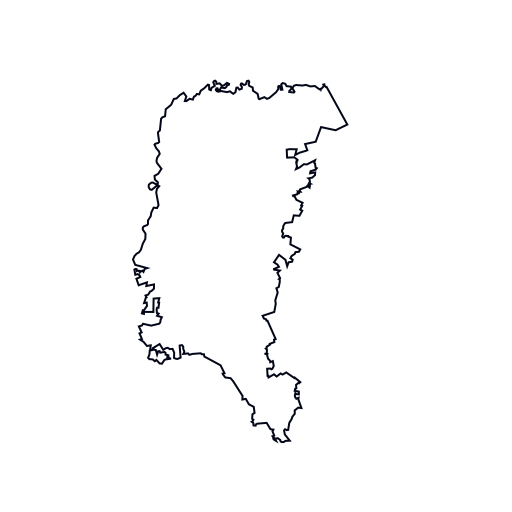 Ocosingo, Chiapas, Mexico, rotated 241°
{"feature_id": "50627088B67639994326823", "entity_name": "Ocosingo", "entity_type": "district", "adm_level": 2, "iso_a3": "MEX", "parent_name": "Mexico", "parent_adm1": "Chiapas", "projection": "natural_earth1", "projection_center": [-91.381, 16.657], "detail": "fine", "context": "isolated", "style": "outline", "palette": "ink", "viewbox_px": 512, "rotation_deg": 241, "n_neighbors": 0, "source": "geoboundaries", "source_scale": "gbopen_adm2", "svg_char_len": 6140}
<svg xmlns="http://www.w3.org/2000/svg" viewBox="0 0 512 512"><g transform="rotate(241 256 256)"><path d="M326.7,399.6L369.7,399.7L369.9,399.0L371.5,398.6L373.0,399.0L373.3,398.0L371.9,398.0L370.6,394.5L370.8,393.7L370.2,393.2L371.0,393.1L371.0,392.3L376.1,389.9L378.0,385.7L381.4,382.7L382.6,379.2L386.1,374.0L386.5,371.8L385.6,369.8L384.5,369.2L381.0,369.3L380.6,368.4L383.3,364.6L384.3,365.3L385.1,368.3L387.2,368.7L389.7,365.1L392.4,365.1L394.3,363.2L393.9,361.3L388.7,359.7L389.4,358.3L392.8,359.3L393.6,358.6L393.5,357.6L391.1,356.3L389.5,352.9L387.8,344.4L388.1,341.8L390.9,340.3L391.5,335.0L392.2,334.6L397.1,336.0L402.0,333.5L405.0,334.8L408.0,332.6L409.8,332.8L411.4,334.5L412.9,334.5L413.4,333.0L411.2,330.4L411.1,329.3L411.5,328.3L413.8,327.3L414.0,326.5L413.1,325.5L410.5,325.6L409.2,324.6L409.6,322.1L412.2,321.7L412.7,320.4L409.2,317.4L408.9,314.7L412.8,312.9L413.3,310.2L417.1,305.6L418.0,302.6L419.2,301.6L420.9,301.4L421.8,302.7L421.4,303.6L419.8,303.4L419.1,303.9L419.1,305.3L420.3,307.0L417.9,310.2L418.2,312.0L419.3,313.4L418.9,315.3L419.6,315.9L421.5,314.5L420.8,310.5L421.4,308.7L424.6,307.9L425.7,304.9L427.9,305.7L429.2,305.2L429.3,303.9L428.7,302.9L424.8,302.4L424.6,298.5L422.9,296.9L424.3,295.8L428.3,297.8L429.2,297.0L427.8,292.0L427.4,287.9L424.9,284.7L426.4,282.8L425.4,280.7L425.5,279.0L423.4,276.6L425.7,274.1L425.2,270.3L426.0,268.9L429.3,272.4L433.9,271.8L433.6,267.3L432.3,262.9L433.2,260.3L429.4,255.1L428.1,248.2L422.3,244.2L422.7,241.4L422.1,239.6L412.4,232.8L412.0,230.8L411.2,229.9L402.7,226.6L402.3,225.3L403.0,222.3L402.6,221.2L398.7,221.0L394.6,221.8L392.0,221.3L389.9,217.2L387.5,215.1L385.5,214.5L378.1,215.6L375.3,210.3L375.3,206.1L371.9,204.6L368.1,205.9L366.8,205.1L367.3,203.3L370.3,201.4L370.9,199.9L370.4,196.9L368.5,195.6L365.8,195.5L364.4,196.9L365.5,202.8L365.1,204.5L364.0,205.2L362.7,201.8L359.9,199.5L347.7,195.4L345.9,192.7L347.9,189.9L344.7,185.4L341.9,183.3L339.5,178.8L336.3,177.0L335.8,175.8L336.3,172.6L335.9,170.9L334.0,169.8L329.1,170.2L324.6,167.5L321.6,162.9L317.3,158.4L315.9,155.4L315.9,152.7L314.8,149.6L312.5,146.7L306.8,146.1L298.2,154.9L298.7,152.4L296.7,149.9L298.2,149.5L298.0,148.7L298.6,148.1L298.1,146.8L299.0,147.2L299.8,146.6L299.7,145.9L301.0,145.2L300.9,144.7L302.3,145.2L303.0,144.6L303.1,143.1L298.1,141.3L297.5,143.8L295.4,144.8L293.7,144.6L294.1,140.4L287.3,139.2L285.8,147.8L282.9,145.5L280.6,153.0L276.9,150.9L276.0,147.4L276.3,146.2L274.5,143.1L275.0,140.2L272.9,140.2L272.9,139.4L269.1,135.3L268.3,137.8L265.2,136.5L262.8,131.5L263.4,130.7L261.1,128.4L259.7,129.9L261.4,131.0L256.8,139.1L268.4,145.8L266.0,151.0L262.8,147.9L262.2,148.7L258.0,145.6L258.7,144.4L257.5,143.2L254.1,141.7L252.8,142.9L251.7,140.5L248.1,144.0L246.4,141.6L244.5,140.2L243.7,138.6L245.9,130.6L251.5,124.3L250.5,122.6L251.2,119.4L244.6,118.9L244.8,116.6L238.7,116.0L239.1,114.1L235.5,116.0L230.2,117.0L228.9,120.6L225.6,118.2L224.2,119.2L224.8,117.2L221.5,115.0L219.3,112.3L217.5,112.7L215.7,115.5L213.0,116.5L213.4,118.5L208.8,119.6L207.4,121.5L209.4,125.3L209.4,126.7L207.4,131.9L209.2,130.1L211.0,130.9L210.8,129.6L212.3,130.6L213.6,129.1L214.9,129.9L216.4,129.5L217.9,125.4L219.5,125.6L220.1,124.3L217.7,121.7L222.3,122.8L224.5,120.4L225.4,121.1L225.7,129.0L218.9,129.4L219.1,132.3L218.5,134.3L216.4,135.4L215.2,138.0L211.2,137.6L206.6,134.9L205.3,135.8L204.0,137.4L203.7,140.8L214.7,145.8L213.9,148.1L211.9,148.4L210.3,147.4L207.0,146.9L205.6,145.0L203.7,149.4L201.9,149.8L201.1,153.1L197.7,160.5L196.5,160.8L195.3,162.8L193.1,162.1L177.6,172.0L168.8,171.6L169.3,169.8L168.5,169.7L164.7,170.2L161.5,174.5L157.7,175.3L140.1,176.4L137.1,174.5L136.0,177.8L129.7,177.9L125.2,180.9L119.5,178.7L119.3,176.2L115.5,173.7L114.0,174.3L113.1,173.0L113.1,171.9L111.2,172.7L109.0,171.7L107.8,173.4L108.8,174.5L108.7,175.9L104.9,184.4L97.5,184.7L95.7,187.0L94.6,185.4L90.1,184.9L90.3,183.1L88.2,183.6L88.3,182.8L87.1,182.5L84.6,183.9L87.0,184.0L86.1,186.7L83.3,188.0L82.0,187.6L80.8,188.2L79.8,190.2L80.1,192.0L78.1,196.0L85.9,194.7L89.7,195.9L90.4,197.4L88.8,198.5L88.3,199.8L94.0,204.3L96.1,208.1L97.8,209.9L99.2,213.4L102.2,215.0L102.9,219.4L101.0,222.0L109.9,223.5L111.4,224.5L111.6,222.1L113.4,221.8L115.3,222.4L116.9,223.9L115.7,224.2L114.2,226.4L116.7,227.7L119.3,224.5L120.9,225.9L120.7,227.1L123.9,228.6L124.6,232.1L123.9,232.2L124.2,233.6L130.9,230.9L130.6,230.4L139.5,226.0L139.4,221.8L141.3,220.6L140.6,215.6L143.8,214.4L143.7,208.1L145.3,208.7L145.6,208.0L152.0,211.1L150.7,213.9L149.5,214.4L149.4,215.6L151.2,218.2L155.9,219.8L156.2,217.0L157.4,217.5L160.4,216.8L163.8,217.6L164.8,218.5L166.2,216.0L165.7,218.3L168.7,220.1L170.3,219.7L170.3,220.7L171.5,221.4L171.7,225.3L172.5,225.5L171.8,230.3L174.1,231.2L173.8,232.9L193.9,234.7L194.4,233.8L196.0,234.0L197.5,232.6L200.5,232.8L198.2,244.8L204.6,250.1L207.8,251.3L213.6,257.3L217.9,258.2L217.9,260.9L221.9,264.3L224.3,265.5L224.7,265.1L224.9,266.3L230.9,266.6L231.7,269.8L235.3,265.2L235.9,265.4L235.4,270.8L238.1,270.6L241.8,268.7L245.8,276.7L238.4,279.9L231.9,278.3L234.7,281.5L233.5,284.8L235.0,286.3L237.3,285.0L238.7,287.0L239.1,291.1L240.3,292.4L238.9,295.5L240.3,297.9L249.5,291.7L255.2,295.5L257.2,293.6L257.8,293.9L259.5,291.3L258.6,289.3L259.1,288.5L260.5,288.4L262.5,290.7L264.7,290.6L266.0,291.4L266.8,293.1L268.7,294.1L270.1,296.2L270.7,297.6L268.1,304.0L273.2,308.7L270.1,313.5L273.2,318.4L275.2,317.1L277.4,320.7L278.3,320.0L279.9,322.5L285.5,318.6L289.7,318.7L290.2,317.6L291.0,317.7L290.0,321.9L291.2,323.1L289.4,324.3L292.1,324.0L290.7,326.1L292.2,325.9L292.9,326.8L291.9,333.8L292.5,334.9L289.8,336.0L291.6,337.4L292.1,337.1L291.8,335.8L292.5,335.9L293.3,337.1L292.8,338.6L294.1,337.8L294.6,339.1L297.2,340.0L298.5,339.5L297.3,343.2L298.1,346.8L300.4,348.3L302.1,343.4L303.7,344.8L302.6,350.0L303.3,351.7L304.2,350.9L308.2,352.4L309.3,352.1L311.1,354.1L311.4,345.0L313.1,342.3L312.3,337.1L312.6,333.1L314.3,335.2L318.3,336.5L318.1,337.0L319.5,337.7L319.3,338.4L320.0,339.0L323.7,337.3L327.0,330.9L334.1,334.4L333.1,337.3L329.6,343.3L325.4,339.3L325.2,344.3L323.8,350.6L323.6,352.2L330.1,353.2L327.0,363.6L337.2,375.4L327.4,386.6L326.7,399.6Z" fill="none" stroke="#020617" stroke-width="2"/></g></svg>